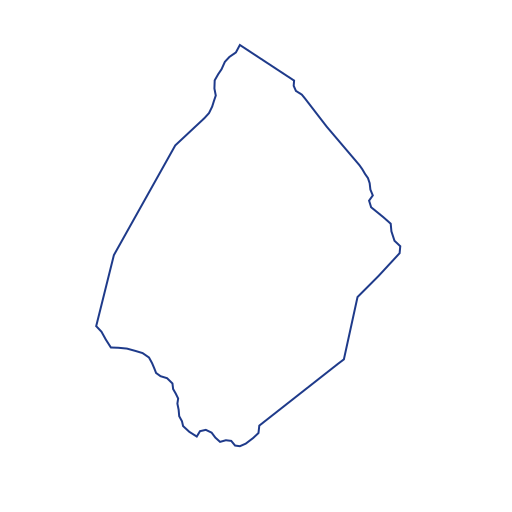 Cardeal da Silva, Bahia, Brazil, rotated 202°
{"feature_id": "56859067B32277633008577", "entity_name": "Cardeal da Silva", "entity_type": "district", "adm_level": 2, "iso_a3": "BRA", "parent_name": "Brazil", "parent_adm1": "Bahia", "projection": "orthographic", "projection_center": [-37.94, -12.045], "detail": "fine", "context": "isolated", "style": "outline", "palette": "blue", "viewbox_px": 512, "rotation_deg": 202, "n_neighbors": 0, "source": "geoboundaries", "source_scale": "gbopen_adm2", "svg_char_len": 1105}
<svg xmlns="http://www.w3.org/2000/svg" viewBox="0 0 512 512"><g transform="rotate(202 256 256)"><path d="M269.6,420.4L274.0,422.8L280.8,424.0L284.8,427.9L286.4,432.9L350.0,445.6L350.9,437.2L355.2,430.7L357.6,424.4L357.9,416.3L359.1,410.7L360.1,403.4L357.3,395.7L353.4,389.7L353.1,384.3L352.6,378.1L353.1,370.9L355.4,364.7L372.3,328.3L384.4,232.9L388.1,203.6L377.9,131.1L370.9,127.9L364.0,122.3L356.3,116.8L349.1,119.4L341.0,121.8L332.4,122.8L324.8,123.5L317.2,121.8L312.2,117.7L308.2,113.7L304.8,110.1L299.5,108.8L292.7,109.4L285.7,106.5L283.0,101.6L278.8,98.3L274.8,94.7L273.6,89.7L270.1,84.4L267.2,78.7L262.7,75.0L259.9,71.0L252.0,68.0L243.3,66.4L242.3,72.6L237.4,76.0L231.0,75.6L225.7,72.4L219.7,70.2L214.9,73.9L209.7,75.3L204.4,72.4L199.7,73.6L195.2,78.2L190.5,86.1L187.4,92.8L189.4,100.0L139.8,186.4L135.8,193.1L146.5,256.0L134.9,283.4L123.9,312.4L125.9,319.1L133.3,322.0L139.7,329.6L143.2,336.4L152.5,339.7L167.5,344.3L171.9,349.7L170.4,355.9L174.8,360.4L177.9,366.1L181.4,370.2L185.6,372.9L190.0,376.3L194.2,379.0L238.9,402.4L269.6,420.4Z" fill="none" stroke="#1e3a8a" stroke-width="2"/></g></svg>